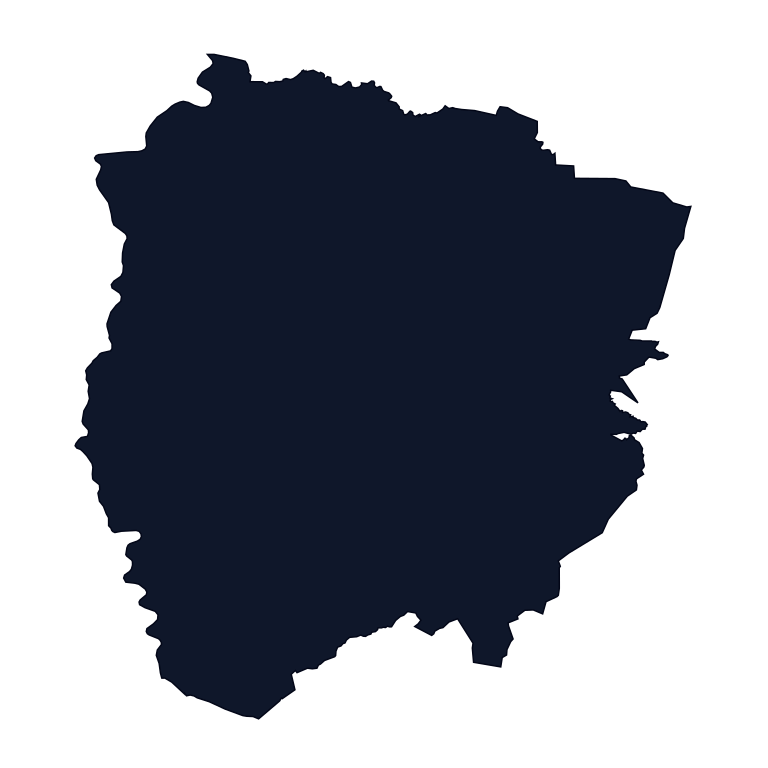 Zirándaro, Guerrero, Mexico, rotated 269°
{"feature_id": "50627088B9136156022716", "entity_name": "Zirándaro", "entity_type": "district", "adm_level": 2, "iso_a3": "MEX", "parent_name": "Mexico", "parent_adm1": "Guerrero", "projection": "equal_earth", "projection_center": [-101.197, 18.328], "detail": "fine", "context": "isolated", "style": "filled", "palette": "ink", "viewbox_px": 768, "rotation_deg": 269, "n_neighbors": 0, "source": "geoboundaries", "source_scale": "gbopen_adm2", "svg_char_len": 6110}
<svg xmlns="http://www.w3.org/2000/svg" viewBox="0 0 768 768"><g transform="rotate(269 384 384)"><path d="M267.6,625.3L273.7,634.5L278.4,635.2L282.3,634.2L284.1,634.6L284.9,635.0L289.3,641.9L293.5,639.8L296.5,642.4L298.2,642.8L305.1,641.3L308.4,642.3L310.3,640.6L315.0,641.3L321.0,638.0L323.9,633.5L325.7,633.1L328.4,630.2L328.1,628.4L326.0,628.0L324.1,625.6L325.3,624.8L325.6,623.9L323.8,622.4L323.0,620.7L328.9,610.1L329.8,610.1L329.6,615.5L330.4,617.2L331.5,623.2L329.9,628.6L329.8,630.8L330.6,632.4L330.2,634.7L332.5,636.3L332.0,639.3L334.3,641.5L334.3,644.2L336.7,645.0L337.4,646.0L338.0,645.6L338.8,646.5L341.4,644.5L341.9,642.1L341.7,640.3L343.5,639.0L343.6,636.7L345.3,635.1L346.2,632.3L347.3,632.5L346.9,629.2L348.9,630.0L349.2,628.7L351.0,627.3L351.8,625.1L351.3,622.0L353.1,622.0L353.4,620.7L352.5,619.5L355.6,617.4L358.2,614.4L358.9,614.0L360.0,614.8L361.0,612.8L362.6,612.0L362.4,610.8L363.0,609.8L364.6,610.1L365.3,611.9L366.2,609.5L368.0,610.1L368.5,609.2L369.6,609.0L372.0,610.4L373.8,610.5L372.1,621.5L360.7,637.6L384.9,622.2L385.7,619.6L387.9,619.4L388.9,626.9L395.0,634.5L399.0,644.5L401.4,644.6L406.0,649.1L406.2,649.9L405.0,656.2L403.6,658.1L404.4,663.1L406.2,667.3L407.5,668.5L408.3,668.2L409.4,665.3L410.7,663.8L410.8,659.7L414.3,655.2L416.8,656.1L419.0,658.3L421.4,659.1L421.0,657.5L421.7,656.5L422.0,654.5L421.6,653.5L422.3,652.5L422.5,642.9L423.2,640.9L423.8,631.2L424.7,629.4L433.5,633.1L434.7,646.6L445.6,651.1L450.0,658.3L455.6,661.1L488.4,671.1L512.5,677.4L524.3,685.8L534.4,687.2L556.2,693.9L555.7,689.8L560.1,675.9L570.0,666.3L576.7,634.2L582.8,629.4L585.3,618.6L586.3,578.0L598.7,577.4L600.0,559.4L611.7,558.9L610.5,557.3L610.5,555.5L614.9,553.7L615.4,551.7L614.9,547.2L615.3,545.7L616.7,544.4L618.3,544.5L621.0,546.8L622.9,547.1L623.4,546.1L623.5,542.2L626.5,538.5L632.7,541.7L643.9,541.8L651.7,522.7L658.1,512.4L659.2,504.9L654.8,502.2L650.6,500.9L655.8,479.4L657.1,466.4L658.5,458.2L658.8,458.4L659.1,457.4L658.3,453.7L661.1,450.0L657.9,447.6L654.0,441.7L654.5,440.0L652.2,434.7L652.4,433.5L651.8,432.4L653.7,430.4L651.0,424.1L652.6,425.0L653.1,424.2L650.9,419.8L652.5,417.6L654.9,417.4L656.4,415.4L656.2,414.6L653.4,412.1L652.7,409.4L653.5,408.4L657.0,407.4L658.7,404.0L660.9,404.0L664.9,400.9L667.2,393.5L667.8,393.3L670.2,396.2L671.6,396.7L673.9,395.0L675.0,393.8L676.5,389.2L677.7,387.8L681.4,386.1L681.6,385.1L680.5,382.3L680.8,381.0L682.8,379.4L685.3,379.8L686.9,379.0L687.1,376.8L684.5,372.8L685.4,366.7L683.8,366.9L681.4,364.8L680.5,360.6L681.4,357.1L686.1,355.7L687.0,353.8L682.3,346.9L682.2,343.9L684.3,341.1L684.9,337.4L686.6,336.3L691.3,335.9L692.3,332.9L690.4,330.6L690.5,330.0L691.5,329.4L693.8,329.8L695.4,328.6L696.7,326.0L695.7,324.7L698.9,318.7L697.7,312.5L697.8,311.6L698.4,311.4L697.5,310.5L699.2,309.0L698.2,307.2L697.3,307.0L693.2,302.3L690.8,298.5L690.0,295.8L691.1,291.4L690.3,288.6L688.7,288.1L688.1,285.1L688.4,280.8L687.3,279.0L687.5,274.0L686.1,272.9L685.9,271.6L688.3,267.8L688.6,255.3L694.4,256.3L697.7,253.8L699.4,254.4L705.8,252.9L709.1,250.8L712.3,238.9L716.5,219.9L716.6,213.2L710.4,218.2L707.4,218.8L703.8,215.9L699.0,207.9L693.0,203.5L689.4,202.5L687.9,202.8L686.3,204.2L680.1,214.8L677.8,216.8L673.7,217.8L667.7,215.9L665.6,214.1L663.8,210.7L663.7,205.8L665.8,199.3L668.9,193.3L670.1,188.3L669.4,184.8L667.5,180.0L665.5,176.6L661.1,171.7L654.8,162.0L646.1,154.8L639.2,150.7L635.6,150.2L626.1,150.9L623.1,149.3L621.4,146.0L620.6,142.1L620.5,131.0L618.3,102.7L617.3,100.2L615.0,98.6L612.3,99.7L608.8,104.3L606.5,105.3L603.0,104.5L593.7,99.9L587.8,100.7L583.1,103.0L570.2,111.8L558.6,114.4L552.0,115.2L547.8,116.7L539.1,127.9L536.7,129.5L533.8,129.7L528.5,126.8L519.6,124.9L510.6,124.4L506.9,125.6L500.1,124.9L496.2,122.8L491.6,115.8L488.1,113.1L484.8,113.8L479.5,121.4L476.1,123.1L471.3,122.3L467.2,117.5L460.6,112.2L449.0,108.1L446.2,108.2L437.4,110.4L434.8,109.9L429.0,112.8L424.1,112.7L421.9,111.2L420.0,102.2L419.1,100.4L415.7,97.7L412.4,93.7L409.9,92.3L405.4,87.8L402.4,86.0L398.3,86.9L393.6,86.4L388.2,89.2L381.9,88.1L374.5,89.3L369.2,87.5L362.4,83.5L351.9,81.6L349.2,82.5L343.3,87.6L340.5,87.8L336.8,86.6L335.8,80.4L333.5,77.8L329.9,75.0L327.6,74.1L325.3,75.8L323.9,79.4L321.8,81.7L317.4,85.6L309.6,90.7L305.8,91.5L299.0,90.8L294.4,91.1L293.3,91.7L288.3,97.7L283.5,98.0L279.9,96.1L271.7,97.5L266.6,101.4L259.1,104.1L255.1,106.3L247.1,106.2L244.6,108.5L242.5,109.2L241.3,110.2L240.2,112.3L241.4,119.1L241.9,133.6L241.0,136.6L238.5,138.4L235.7,138.8L233.0,137.5L231.2,134.6L228.8,127.3L227.3,125.3L224.7,124.1L217.9,122.9L216.5,123.7L212.4,128.7L210.8,129.4L207.3,129.4L203.2,128.2L200.9,126.3L197.5,121.3L194.5,120.3L190.4,122.4L189.2,131.4L188.1,135.4L183.1,141.7L180.1,143.3L177.4,142.7L172.4,136.5L170.3,135.3L167.6,135.8L164.5,141.2L160.7,151.3L157.2,154.0L152.4,153.5L148.2,149.3L143.6,142.7L140.7,142.0L138.5,143.0L137.2,144.8L133.3,154.1L131.6,155.8L129.4,156.9L127.3,156.9L122.0,152.7L116.7,151.6L108.5,154.3L99.1,155.4L93.8,156.7L93.8,159.7L89.7,166.5L77.4,179.3L78.0,179.4L75.7,181.1L76.4,184.8L75.4,188.7L73.5,191.7L69.4,203.7L61.7,219.6L54.9,237.1L54.2,241.0L53.8,247.3L51.4,252.8L68.9,274.1L71.9,275.9L71.2,276.8L79.8,289.6L95.4,286.2L99.1,290.4L96.9,292.0L101.2,302.5L100.5,307.4L101.0,312.0L104.1,313.5L105.1,315.6L108.6,319.7L112.2,329.9L113.3,330.9L117.7,331.3L121.7,333.0L122.9,336.5L125.1,338.3L125.8,340.5L128.6,341.9L131.3,345.2L131.8,352.3L133.4,356.4L132.2,358.9L132.0,361.2L133.4,363.4L134.2,366.5L136.0,367.3L136.6,371.2L138.5,373.3L140.0,373.6L140.3,374.3L140.2,377.3L140.8,378.9L140.5,381.3L141.8,383.2L141.1,385.2L141.1,387.3L147.4,391.5L151.3,396.3L152.5,399.7L156.1,403.6L154.5,411.8L151.0,413.4L147.2,416.8L143.5,413.9L141.0,410.5L131.8,427.3L133.4,429.4L136.0,430.5L138.7,435.3L139.4,438.7L144.9,444.8L148.0,453.5L123.3,468.5L118.5,467.7L104.2,468.7L99.1,495.8L108.4,497.4L110.9,501.8L116.3,502.3L124.2,506.2L126.8,508.6L139.8,504.3L143.0,503.9L146.8,513.8L149.7,513.2L155.3,520.9L155.5,529.3L151.4,538.6L163.5,542.2L168.4,553.2L169.7,554.6L176.6,555.7L197.2,556.0L198.6,557.1L204.1,555.2L211.9,566.0L231.5,599.6L244.9,605.9L267.6,625.3Z" fill="#0f172a" stroke="#020617" stroke-width="1.5"/></g></svg>